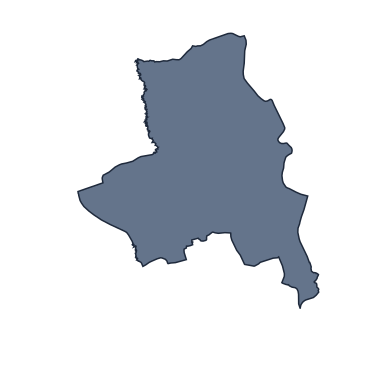 Khukhan, Si Sa Ket, Thailand, rotated 343°
{"feature_id": "78962969B84940154161268", "entity_name": "Khukhan", "entity_type": "district", "adm_level": 2, "iso_a3": "THA", "parent_name": "Thailand", "parent_adm1": "Si Sa Ket", "projection": "mercator", "projection_center": [104.145, 14.701], "detail": "fine", "context": "isolated", "style": "filled", "palette": "slate", "viewbox_px": 384, "rotation_deg": 343, "n_neighbors": 0, "source": "geoboundaries", "source_scale": "gbopen_adm2", "svg_char_len": 5975}
<svg xmlns="http://www.w3.org/2000/svg" viewBox="0 0 384 384"><g transform="rotate(343 192 192)"><path d="M123.3,248.8L126.6,248.1L130.5,246.8L133.1,246.4L139.1,245.7L142.7,245.7L144.0,246.3L146.9,248.6L147.9,250.8L147.9,252.9L148.2,253.5L150.9,253.7L155.5,254.7L166.8,255.0L166.8,247.7L167.3,245.4L167.8,244.3L170.2,243.9L170.9,242.2L172.2,242.6L174.9,242.8L177.2,242.6L177.3,241.0L178.1,240.1L177.9,239.9L177.3,240.3L177.1,240.0L177.8,237.8L184.4,238.0L184.7,238.9L185.7,239.8L185.9,241.0L186.7,241.6L188.4,242.2L191.0,242.3L191.8,242.0L192.1,241.6L192.7,239.5L193.5,238.2L195.5,238.0L199.6,236.4L200.3,236.5L202.2,237.8L205.1,239.2L211.6,240.5L216.5,242.3L217.0,242.6L216.1,246.2L216.0,249.6L217.7,260.8L219.7,266.5L221.1,276.5L221.3,276.7L229.6,281.0L230.3,281.1L234.7,280.2L236.7,279.2L250.3,279.0L254.6,279.9L255.9,279.4L256.9,289.0L256.5,297.1L255.6,299.7L251.4,305.0L252.2,305.9L255.1,308.1L256.0,308.4L256.6,309.0L257.2,308.9L257.7,310.2L259.8,312.2L262.9,313.8L264.1,315.6L264.4,318.0L264.0,320.9L261.3,330.2L261.4,335.2L262.0,333.7L263.3,331.6L265.5,329.8L267.8,328.8L269.3,328.5L277.3,328.4L280.6,327.0L283.9,324.8L283.9,323.0L284.6,322.4L284.7,321.9L284.6,321.2L283.6,319.4L284.2,317.3L284.3,315.8L282.6,314.3L282.6,313.6L283.3,313.1L284.0,313.1L286.3,311.2L287.0,309.9L288.3,308.7L288.8,307.9L288.3,307.2L287.8,306.5L287.0,306.3L287.0,305.7L285.6,304.9L284.7,304.8L283.1,302.7L283.4,300.1L284.1,298.4L284.1,295.5L284.0,293.8L283.6,293.7L283.3,287.4L280.8,271.0L280.8,267.9L281.4,261.5L282.8,257.6L285.5,254.0L286.6,252.0L289.5,247.5L293.9,241.6L301.5,229.7L295.5,226.0L291.4,222.5L285.9,217.1L284.4,216.0L283.2,214.6L281.9,210.1L281.9,207.6L282.8,202.6L284.2,199.5L286.6,195.9L288.4,191.3L289.2,190.0L291.8,186.2L293.0,185.5L295.1,184.7L298.5,184.0L299.3,182.8L299.9,181.4L300.1,180.1L299.9,178.5L298.3,175.7L297.1,173.1L296.4,172.7L293.6,172.4L291.6,171.7L290.1,170.3L289.3,168.0L289.5,166.7L290.1,165.9L291.3,164.9L297.1,161.0L299.1,158.8L299.5,157.6L299.1,153.2L295.9,133.3L295.4,127.9L294.9,126.8L293.9,126.3L290.9,127.0L288.9,126.8L287.6,125.9L285.4,123.0L283.1,119.2L281.1,113.9L276.8,104.0L275.0,98.7L275.4,94.7L276.2,91.6L279.6,84.1L283.7,72.4L287.1,66.5L288.0,62.7L287.6,57.9L283.5,57.7L281.9,56.7L277.3,52.4L275.6,51.6L272.8,51.0L253.2,51.8L250.1,52.5L246.0,54.2L242.9,54.7L240.0,53.9L238.2,53.9L235.3,52.4L233.1,54.5L228.5,56.5L220.7,61.1L219.3,61.6L218.1,61.7L215.5,60.8L212.4,59.4L206.6,59.5L203.0,58.2L199.2,58.0L196.0,56.9L194.3,56.7L193.9,55.4L191.7,54.7L190.6,53.9L189.8,53.9L188.9,54.4L187.7,53.8L184.0,53.2L183.6,52.6L183.5,52.2L181.6,50.7L180.1,50.1L180.0,49.5L179.2,48.8L178.5,49.3L178.6,49.8L179.0,49.9L179.0,50.1L177.8,50.4L178.0,51.2L177.0,50.3L176.8,49.8L176.5,49.9L176.0,50.5L176.6,50.4L177.1,51.5L176.7,52.2L177.1,52.3L177.8,52.1L177.6,53.2L178.1,53.5L176.2,54.5L176.7,54.9L176.3,56.3L176.2,58.2L176.8,58.6L176.9,59.1L176.1,59.0L175.2,59.4L174.7,60.1L175.2,60.5L175.9,62.0L175.4,62.5L175.5,63.1L177.2,63.5L177.3,63.8L177.1,64.7L175.8,65.0L176.5,65.3L175.8,65.6L175.5,66.4L175.6,67.0L175.4,67.8L174.9,68.4L175.6,68.5L176.0,67.6L176.3,67.7L176.4,68.3L176.1,69.2L176.4,70.3L177.3,71.6L178.1,72.2L178.6,73.5L178.6,73.9L177.9,74.5L177.4,76.1L177.8,76.7L178.5,76.6L178.5,77.3L177.7,78.1L177.2,78.0L176.9,78.9L176.4,79.3L178.4,79.8L178.9,80.7L178.4,81.1L177.6,80.2L177.2,80.3L177.7,81.7L177.3,82.0L176.5,81.7L176.2,81.8L175.3,82.7L175.1,84.0L173.8,85.0L173.6,86.0L173.0,85.7L172.5,86.2L172.1,85.7L171.6,86.7L171.7,87.1L172.7,87.7L172.6,88.3L171.7,88.3L171.5,88.5L172.8,88.7L172.4,89.4L172.7,89.8L172.1,90.2L172.5,90.5L172.6,91.3L172.8,91.4L173.1,91.1L173.7,92.0L173.1,92.5L172.6,92.5L173.2,93.2L173.3,94.2L173.6,94.6L173.3,95.4L172.7,95.6L173.3,96.9L172.8,97.5L171.9,97.1L171.7,97.6L172.0,98.3L171.5,98.7L171.9,99.3L172.9,99.8L172.6,100.0L171.9,100.0L172.4,100.8L172.1,101.8L172.4,102.2L171.8,102.8L171.4,102.8L171.3,103.3L171.6,103.6L170.5,103.7L171.5,104.7L171.4,104.9L170.9,105.0L170.8,105.9L171.2,106.1L171.3,107.0L171.1,107.2L170.0,106.9L170.1,107.4L170.8,107.6L169.7,107.9L169.4,108.4L169.8,109.1L170.1,109.2L169.8,109.8L169.3,109.9L168.4,109.6L168.4,110.2L167.7,110.4L167.0,111.0L167.8,111.2L168.0,111.7L168.3,111.2L168.0,110.8L168.2,110.6L168.7,111.6L169.3,112.1L169.1,112.4L167.9,112.3L167.4,112.9L168.2,113.5L168.7,113.3L169.0,112.7L169.2,112.8L169.0,113.6L167.3,114.6L167.3,115.6L167.5,115.7L167.9,115.2L168.2,115.8L168.8,115.4L168.9,115.9L168.4,116.0L168.8,116.5L168.5,118.0L167.8,118.4L167.9,119.0L167.6,119.4L169.2,121.1L169.0,121.3L168.7,121.0L167.9,121.1L167.9,121.6L168.4,121.6L169.1,122.0L167.3,123.7L167.0,125.4L167.2,127.8L167.7,128.5L168.6,128.7L169.0,129.3L169.6,129.2L169.3,129.8L170.1,131.3L168.3,133.0L170.7,133.5L171.0,134.5L171.5,135.2L170.5,136.6L171.1,136.8L172.1,138.2L172.4,139.4L172.7,139.5L172.1,139.9L171.9,140.9L170.8,140.4L169.5,140.7L169.3,141.3L170.1,142.0L169.9,142.6L170.0,143.3L168.6,143.2L168.5,143.9L168.1,144.1L167.6,143.8L167.6,143.0L167.4,142.9L166.7,143.4L166.7,143.8L165.5,144.5L164.7,144.6L153.5,143.2L150.5,143.6L144.3,145.3L137.6,145.1L132.9,144.6L130.4,144.8L125.8,145.7L118.7,148.7L112.0,150.0L110.5,151.8L110.0,153.1L109.5,157.2L83.1,158.2L82.8,160.1L82.9,161.3L82.7,162.1L82.5,167.5L83.1,170.3L84.4,174.3L87.9,180.2L91.5,185.2L97.2,192.2L104.3,199.2L116.3,210.0L117.7,211.6L118.8,214.6L120.4,221.7L120.5,224.1L119.9,224.6L121.0,225.1L121.0,225.4L119.8,225.5L120.0,225.8L120.8,225.8L120.8,226.0L120.3,226.1L121.0,227.0L120.3,227.6L121.2,227.5L121.7,228.0L122.3,227.2L122.6,227.5L122.0,228.5L121.6,229.9L121.1,230.1L121.1,230.3L121.6,230.4L121.7,230.8L121.1,230.8L120.8,231.6L121.1,231.9L121.7,231.5L121.8,231.7L121.4,232.1L121.4,232.5L121.0,232.5L120.9,233.6L120.5,234.0L120.1,233.9L119.9,234.0L120.0,236.2L119.6,236.6L119.4,237.2L119.6,237.4L119.0,237.9L119.5,238.5L119.3,238.9L119.6,239.6L120.4,239.4L120.5,239.6L119.2,240.9L119.7,241.1L119.9,241.5L120.2,241.6L120.4,242.4L120.8,242.4L122.6,244.3L122.9,245.1L123.3,248.8Z" fill="#64748b" stroke="#1e293b" stroke-width="1.5"/></g></svg>